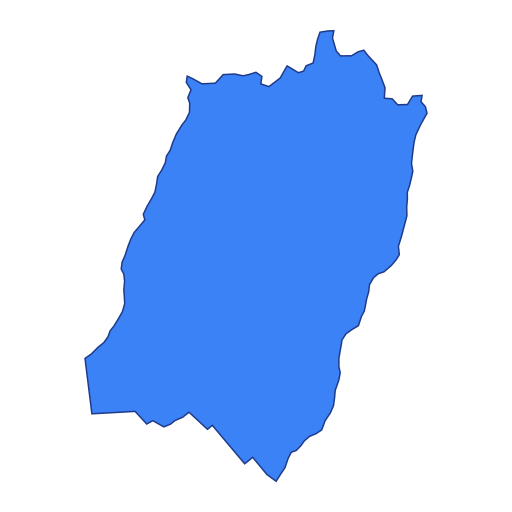 Douradina, Mato Grosso do Sul, Brazil
{"feature_id": "56859067B6563900409814", "entity_name": "Douradina", "entity_type": "district", "adm_level": 2, "iso_a3": "BRA", "parent_name": "Brazil", "parent_adm1": "Mato Grosso do Sul", "projection": "albers", "projection_center": [-54.58, -22.015], "detail": "fine", "context": "isolated", "style": "filled", "palette": "blue", "viewbox_px": 512, "rotation_deg": 0, "n_neighbors": 0, "source": "geoboundaries", "source_scale": "gbopen_adm2", "svg_char_len": 1920}
<svg xmlns="http://www.w3.org/2000/svg" viewBox="0 0 512 512"><path d="M422.1,95.4L412.6,96.1L407.5,104.5L397.7,104.8L392.2,98.8L384.3,98.2L385.0,87.7L381.5,78.4L379.4,73.3L376.6,64.9L367.7,55.3L363.8,50.2L358.1,51.8L351.5,55.8L340.4,55.9L336.2,50.8L332.5,38.1L333.8,30.7L327.5,31.0L320.0,32.2L317.6,39.1L315.9,46.2L314.8,55.2L313.1,63.0L306.1,65.8L303.6,71.1L298.4,72.7L287.1,65.9L283.0,73.0L280.2,78.0L268.9,86.6L260.8,83.9L261.9,76.4L255.9,72.3L249.0,74.5L243.1,75.8L234.6,74.0L223.2,74.6L215.3,83.2L201.9,83.8L193.3,79.0L187.2,76.1L186.3,82.4L191.0,89.8L187.8,97.7L189.7,103.1L189.5,112.4L185.8,120.0L182.0,124.9L176.5,133.7L172.8,142.4L170.2,150.2L166.5,156.1L165.3,162.7L161.7,170.1L157.7,176.4L156.4,185.0L154.9,192.1L151.8,198.1L146.8,206.8L143.3,214.3L144.8,219.9L139.1,226.7L134.1,232.6L131.0,238.6L128.1,246.0L125.1,255.3L122.1,262.2L121.2,269.0L123.8,274.1L124.6,281.1L123.8,290.0L124.4,297.7L124.7,303.7L122.4,311.7L118.7,318.2L113.7,326.4L110.2,330.7L108.0,336.7L103.9,342.5L98.2,347.1L91.3,354.0L85.0,358.4L91.9,413.8L135.1,411.4L146.7,424.0L152.8,420.7L163.9,426.9L170.6,424.1L174.9,420.6L182.7,417.2L189.0,412.2L207.5,429.3L212.3,425.3L244.7,463.8L252.7,457.3L266.9,474.5L276.1,481.3L280.4,474.5L285.0,467.6L288.1,458.5L291.2,452.3L296.2,450.5L300.8,445.8L304.4,440.8L309.5,436.4L316.2,433.6L321.7,429.9L325.1,420.7L330.4,412.8L333.5,405.6L334.6,397.5L335.2,390.5L338.9,379.8L340.2,372.6L338.9,366.8L338.9,358.1L340.7,347.8L342.1,339.7L346.1,333.7L352.0,329.5L358.4,325.7L361.5,316.3L364.3,311.1L365.5,305.1L366.7,298.7L368.7,291.8L369.5,284.6L373.7,277.5L378.3,273.7L384.0,271.8L391.2,265.6L396.0,260.0L399.3,254.7L398.4,246.3L401.3,237.0L404.2,226.1L406.9,215.8L406.7,206.8L407.4,198.8L407.3,192.3L409.5,185.7L411.4,177.8L412.8,171.3L411.5,163.3L412.6,153.6L414.0,142.7L415.8,134.9L420.4,125.1L427.0,113.2L425.4,106.7L421.0,101.7L422.1,95.4Z" fill="#3b82f6" stroke="#1e3a8a" stroke-width="1.5"/></svg>